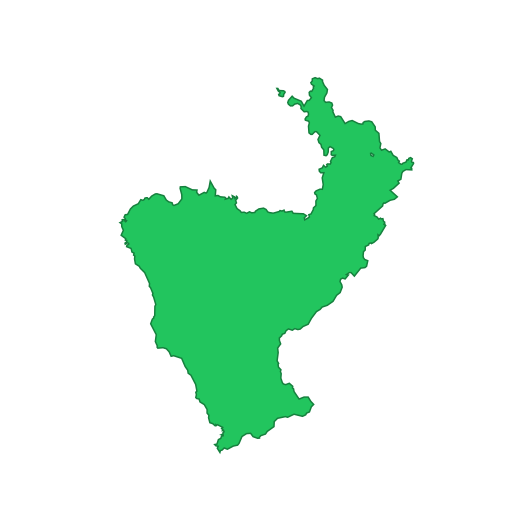 Gowa, Sulawesi Selatan, Indonesia (Mercator projection), rotated 124°
{"feature_id": "22746128B57887954309635", "entity_name": "Gowa", "entity_type": "district", "adm_level": 2, "iso_a3": "IDN", "parent_name": "Indonesia", "parent_adm1": "Sulawesi Selatan", "projection": "mercator", "projection_center": [119.648, -5.33], "detail": "fine", "context": "isolated", "style": "filled", "palette": "green", "viewbox_px": 512, "rotation_deg": 124, "n_neighbors": 0, "source": "geoboundaries", "source_scale": "gbopen_adm2", "svg_char_len": 6098}
<svg xmlns="http://www.w3.org/2000/svg" viewBox="0 0 512 512"><g transform="rotate(124 256 256)"><path d="M386.6,270.3L384.7,268.5L382.4,260.4L387.2,253.0L388.9,248.7L391.1,246.7L391.2,243.3L396.2,234.2L401.1,229.4L402.6,229.7L404.4,227.8L407.0,226.8L407.3,225.5L406.4,223.2L408.3,220.8L408.1,215.8L410.6,210.7L413.6,208.7L414.4,206.0L416.6,204.9L420.0,201.0L419.2,198.2L419.6,194.9L419.1,194.3L418.2,194.9L418.2,193.9L417.4,193.6L416.7,187.8L418.3,188.0L418.3,186.7L419.6,186.2L418.7,185.4L419.6,184.2L421.1,184.5L421.9,183.8L423.4,184.7L422.8,183.3L423.3,182.7L424.7,183.8L426.9,183.2L429.2,184.5L433.8,183.2L435.4,184.8L435.8,183.1L434.9,180.9L437.0,180.6L439.0,176.1L437.2,176.7L435.9,175.6L432.9,175.0L432.2,171.7L426.2,168.5L423.1,165.5L420.8,165.3L413.5,166.7L408.5,164.5L406.0,161.3L407.4,157.4L406.2,152.7L405.0,151.3L404.5,151.8L402.3,151.6L398.3,148.6L395.2,148.6L387.4,145.7L383.1,148.3L378.5,147.4L372.7,141.8L372.0,139.6L365.9,136.0L362.9,127.8L359.9,126.0L358.0,126.2L355.4,124.5L350.1,125.8L346.8,125.2L345.9,129.2L343.8,133.9L346.1,137.3L350.5,140.3L347.1,148.7L345.1,150.6L345.1,151.9L343.5,152.7L342.9,157.2L346.0,159.4L346.8,161.6L346.3,163.3L343.4,167.1L339.5,169.3L338.1,171.2L336.4,171.7L335.6,175.2L333.4,177.2L332.5,177.1L331.1,179.9L323.7,183.6L320.2,186.6L315.1,186.4L313.0,189.3L310.9,190.8L307.8,190.1L306.2,190.5L304.0,188.9L301.1,189.3L298.3,188.3L297.2,184.4L294.5,183.2L293.6,180.2L291.9,178.5L288.2,177.6L283.4,174.6L276.5,175.2L268.3,174.8L264.5,173.0L261.3,172.6L257.0,169.3L250.5,166.8L243.5,167.2L239.3,165.8L233.7,167.1L232.0,168.7L230.2,172.1L227.9,172.9L225.9,171.8L225.2,169.3L220.1,168.8L220.8,170.6L217.6,169.4L216.6,167.9L217.7,163.2L207.5,162.4L204.7,159.2L202.7,158.6L197.4,160.7L198.1,163.9L197.3,166.1L195.7,167.5L192.3,169.3L190.0,168.8L187.0,170.7L183.8,168.8L182.4,169.3L180.8,167.9L181.1,167.2L178.7,165.9L173.9,164.6L172.7,164.8L170.2,166.7L170.3,165.2L168.3,165.0L158.2,165.6L158.3,166.5L157.6,166.8L158.1,167.6L156.0,168.2L155.9,169.8L154.1,171.7L155.2,172.9L155.0,173.9L156.8,174.9L156.0,177.5L156.4,180.6L155.4,180.8L154.9,181.8L143.7,179.0L142.0,179.8L140.4,179.6L140.2,178.6L134.7,175.9L131.6,173.0L127.9,171.9L126.5,181.6L123.1,179.9L115.6,178.1L114.5,180.4L111.4,178.8L105.8,181.4L103.7,181.5L100.5,180.0L97.5,175.0L96.3,175.9L96.4,176.9L91.2,177.1L90.5,177.8L91.1,179.3L90.6,180.1L88.0,180.8L88.0,182.9L89.6,183.9L91.2,183.5L91.8,184.6L94.3,184.2L97.1,186.2L98.3,186.3L98.9,187.3L98.8,190.0L97.2,190.2L97.1,192.0L95.6,194.3L95.9,198.5L93.8,202.8L95.3,203.7L95.0,208.8L98.1,211.1L97.1,213.7L93.0,215.4L92.0,217.6L85.6,222.7L85.0,227.4L82.3,229.4L80.0,235.1L80.9,237.9L83.6,241.0L85.4,241.8L86.7,241.2L87.9,242.6L89.0,245.3L89.9,252.0L92.5,254.3L96.4,256.2L93.1,263.7L94.0,266.1L96.5,267.9L93.5,272.9L92.1,273.6L90.8,276.4L88.1,276.9L86.8,278.7L87.4,281.5L89.7,284.2L89.1,286.5L86.1,288.0L81.2,288.4L78.0,289.9L76.4,294.9L74.2,298.4L73.0,299.2L73.1,302.9L74.5,304.1L75.1,306.7L77.6,308.4L79.6,307.2L81.6,307.5L82.5,306.1L82.6,302.9L83.8,303.1L84.7,302.1L88.4,301.9L88.9,303.1L90.6,303.4L92.8,301.6L93.8,298.6L97.2,298.9L98.4,300.4L104.9,300.0L102.4,305.0L103.9,312.6L103.3,315.4L108.7,316.1L111.0,315.5L112.0,314.1L112.3,311.4L111.0,309.6L108.5,308.9L106.2,306.8L106.0,303.7L107.0,302.0L108.6,301.2L109.5,296.7L107.8,294.7L107.6,293.2L109.0,291.8L111.0,291.1L112.4,292.0L115.0,291.9L115.8,291.0L114.8,287.7L115.8,286.2L119.0,285.1L124.3,280.9L124.5,278.5L123.7,277.4L119.9,276.7L119.1,275.3L120.2,270.4L124.7,269.8L126.8,267.2L127.1,264.6L129.1,262.5L130.1,259.1L134.4,256.0L133.7,254.0L132.2,253.6L129.4,254.3L126.0,256.4L123.9,255.8L123.6,251.9L124.3,250.9L125.5,250.8L127.3,252.0L129.9,250.3L130.0,249.1L128.0,246.5L129.7,246.2L131.9,247.7L136.0,247.1L136.5,246.1L138.2,245.8L139.7,248.2L140.7,248.5L141.7,247.1L143.5,248.0L143.1,250.7L145.8,250.3L148.8,252.2L150.3,250.9L150.8,248.8L149.0,246.3L154.2,244.8L159.2,240.2L163.6,238.3L164.8,240.3L168.4,242.6L170.6,242.9L171.6,241.8L171.5,240.1L173.9,237.3L176.9,237.1L180.7,234.5L183.9,235.3L185.7,234.4L190.4,233.9L192.2,235.3L193.7,233.6L194.9,233.9L198.8,235.8L197.3,237.3L194.4,236.7L194.5,240.3L199.8,249.0L198.8,251.3L202.9,255.6L203.4,257.0L202.3,258.4L204.2,259.6L204.9,261.5L206.1,261.6L210.9,265.7L212.5,269.2L212.9,270.8L211.8,273.7L212.1,276.5L215.3,279.9L219.1,281.5L220.6,281.3L222.6,283.7L223.0,286.1L225.8,287.6L226.3,290.3L228.1,292.5L227.4,294.5L227.3,298.2L225.1,302.2L222.9,301.9L221.3,304.0L218.2,303.7L217.4,304.9L217.4,305.6L218.4,305.2L220.1,305.7L219.0,307.0L219.3,309.4L220.9,307.7L223.0,308.3L222.2,311.5L223.8,311.3L226.0,313.2L224.9,313.4L224.7,314.7L226.9,318.7L227.1,321.4L228.9,323.4L223.6,326.4L223.2,328.6L219.5,335.8L225.4,333.2L230.6,332.3L231.8,332.6L232.2,334.5L237.5,337.3L236.4,340.8L234.3,341.8L236.8,345.8L238.0,353.4L241.0,357.4L242.4,356.7L246.7,351.8L250.1,349.4L256.2,349.7L260.0,352.3L260.1,353.7L258.8,355.3L259.9,358.6L259.8,361.6L257.6,366.1L259.8,372.9L260.9,374.2L264.7,376.0L268.9,376.6L268.5,378.7L269.0,379.5L270.2,380.5L271.6,380.2L273.1,380.9L273.7,383.0L278.5,382.8L283.2,385.6L287.2,386.4L293.4,385.7L294.9,387.5L297.6,387.1L298.1,385.3L299.3,384.5L299.0,383.1L300.0,383.0L300.6,383.4L299.7,385.8L300.3,386.8L300.9,387.2L301.9,386.0L304.4,387.4L304.4,385.4L306.7,383.7L308.9,380.3L314.2,379.4L314.5,373.7L315.9,373.2L315.4,371.8L316.4,371.1L318.6,371.8L319.3,371.0L317.0,370.0L316.7,368.6L317.5,368.1L319.2,369.0L320.6,368.5L319.6,363.8L322.1,361.0L321.8,358.7L323.7,358.0L323.8,356.4L326.3,355.1L329.9,351.6L329.8,347.1L330.9,344.9L332.0,339.0L338.3,328.9L340.8,327.5L341.3,325.6L344.7,320.5L346.2,320.1L347.3,317.9L352.3,311.9L354.2,311.7L362.1,306.6L363.9,306.7L364.6,306.1L366.3,306.6L371.1,305.4L377.0,294.7L383.2,291.6L385.7,287.6L386.9,287.0L387.3,285.9L384.0,281.8L383.0,278.4L384.0,274.4L386.6,270.3ZM106.8,218.4L106.2,218.0L106.3,214.8L108.0,214.6L108.4,217.0L106.8,218.4ZM109.2,323.2L108.3,322.5L106.5,323.4L104.1,323.4L103.5,324.1L103.7,325.7L105.9,329.4L104.9,331.6L105.4,332.4L106.8,329.7L107.0,327.4L108.4,327.0L109.3,327.6L110.2,326.5L109.2,323.2Z" fill="#22c55e" stroke="#15803d" stroke-width="1.5"/></g></svg>